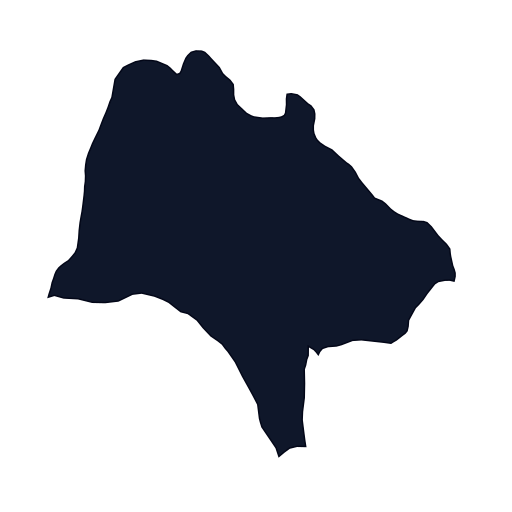 the district of Tsholingkhor, Chirang, Bhutan, rotated 8°
{"feature_id": "84629894B5121542425285", "entity_name": "Tsholingkhor", "entity_type": "district", "adm_level": 2, "iso_a3": "BTN", "parent_name": "Bhutan", "parent_adm1": "Chirang", "projection": "mercator", "projection_center": [90.093, 27.012], "detail": "fine", "context": "isolated", "style": "filled", "palette": "ink", "viewbox_px": 512, "rotation_deg": 8, "n_neighbors": 0, "source": "geoboundaries", "source_scale": "gbopen_adm2", "svg_char_len": 2619}
<svg xmlns="http://www.w3.org/2000/svg" viewBox="0 0 512 512"><g transform="rotate(8 256 256)"><path d="M264.3,91.5L264.3,96.2L265.2,102.0L265.4,110.4L264.5,112.9L262.0,114.7L259.5,115.7L255.4,116.7L251.7,117.1L243.5,118.6L234.4,118.6L231.5,117.9L226.7,116.1L216.3,108.7L213.0,104.3L211.4,99.6L210.6,94.0L209.5,89.3L205.8,85.6L200.8,82.5L197.5,80.0L193.4,74.5L183.6,66.6L181.4,64.7L176.9,61.5L173.6,60.7L170.9,61.0L168.0,61.3L163.5,63.3L160.6,67.0L159.1,69.9L157.5,75.8L156.2,83.4L155.1,85.9L152.2,87.3L147.2,83.8L144.9,82.0L141.4,79.9L130.4,77.0L125.1,77.0L117.4,77.7L109.6,80.5L102.8,84.8L98.4,87.9L91.9,100.6L91.3,119.1L90.0,123.5L88.9,129.3L87.6,134.8L85.8,141.2L84.5,146.8L83.1,153.2L80.3,161.7L78.5,167.4L77.4,171.9L75.9,177.6L74.8,184.0L74.7,189.4L75.0,195.4L76.1,200.4L76.7,206.1L76.7,211.1L77.2,215.7L77.4,220.3L77.6,231.4L77.6,236.6L77.4,241.0L77.2,247.4L77.4,255.2L78.0,262.9L78.0,268.8L78.0,272.9L76.5,278.0L74.3,281.7L71.0,286.7L67.4,289.8L64.6,292.6L62.4,295.2L60.4,298.9L59.5,302.2L58.8,306.4L57.9,310.7L57.5,316.4L56.4,322.6L56.0,325.7L61.8,323.0L71.4,324.3L85.8,323.1L100.3,324.6L113.0,323.1L125.9,319.7L138.9,311.0L147.9,308.6L161.1,309.8L169.9,311.9L176.2,314.0L182.7,317.8L189.3,321.6L196.6,322.4L206.6,327.7L213.7,334.4L222.6,341.5L230.1,345.2L234.9,348.0L238.6,351.8L241.5,354.3L250.3,363.8L259.5,377.1L268.4,388.9L272.7,394.7L278.4,402.7L282.1,416.4L283.5,419.8L285.7,424.5L295.3,435.1L302.6,443.2L306.6,451.3L311.0,446.4L315.9,441.6L323.1,438.7L331.7,437.7L329.9,431.7L327.7,423.7L324.5,411.9L323.7,403.7L323.5,389.7L321.8,375.6L319.5,361.4L320.3,357.1L320.6,351.3L321.5,347.3L320.3,338.0L323.6,339.4L326.5,340.6L329.1,342.7L331.4,345.0L332.4,341.8L334.6,338.3L339.8,335.7L348.1,333.9L352.8,331.9L363.3,326.1L372.0,324.3L394.5,323.6L401.8,323.6L404.0,321.7L406.6,319.7L411.5,314.6L414.5,311.6L416.0,309.1L416.4,304.5L416.0,298.4L417.4,294.6L421.0,285.1L423.7,281.5L427.4,275.8L430.6,269.3L436.8,258.7L440.0,255.9L446.4,253.7L451.2,252.9L455.6,253.3L456.0,248.6L455.5,245.1L454.0,241.7L452.1,238.3L448.8,229.4L447.9,226.4L446.9,222.1L442.9,217.9L437.9,214.2L433.3,210.5L427.4,204.6L425.5,202.7L423.3,201.1L420.7,199.2L417.1,198.6L411.1,199.2L406.6,199.3L402.4,198.3L390.4,194.8L386.2,192.9L382.5,190.7L377.1,186.5L373.2,184.2L365.3,182.2L362.7,179.6L350.8,168.9L346.6,164.8L342.6,159.2L338.2,154.5L334.9,152.3L332.5,151.2L323.6,145.5L316.4,140.4L308.9,137.8L303.5,135.1L300.4,132.7L298.7,130.8L296.3,126.7L295.2,123.2L294.6,118.9L295.0,111.9L294.4,107.1L293.0,103.2L289.5,99.7L286.1,98.1L277.6,92.3L274.5,90.7L268.3,90.4L264.3,91.5Z" fill="#0f172a" stroke="#020617" stroke-width="1.5"/></g></svg>